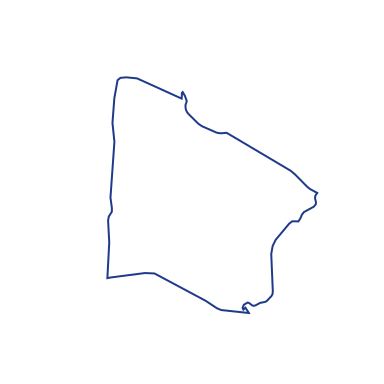 an SVG outline of Tadjourah, rotated 335°
{"feature_id": "DJI-1571", "entity_name": "Tadjourah", "entity_type": "Region", "adm_level": 1, "iso_a3": "DJI", "parent_name": "Djibouti", "parent_adm1": "", "projection": "equal_earth", "projection_center": [42.622, 12.035], "detail": "fine", "context": "isolated", "style": "outline", "palette": "blue", "viewbox_px": 384, "rotation_deg": 335, "n_neighbors": 0, "source": "natural_earth", "source_scale": "10m", "svg_char_len": 1066}
<svg xmlns="http://www.w3.org/2000/svg" viewBox="0 0 384 384"><g transform="rotate(335 192 192)"><path d="M78.9,234.3L95.7,202.7L103.9,182.4L106.2,179.1L111.0,176.0L112.6,172.7L115.7,162.7L142.9,113.7L149.1,95.8L161.3,74.1L171.8,59.2L175.4,58.3L180.9,60.3L190.2,65.8L222.1,103.0L224.8,97.9L225.8,97.5L226.2,102.0L225.7,107.4L222.9,110.4L222.2,111.8L221.6,113.5L221.2,115.5L221.3,117.7L221.8,119.8L226.5,132.6L227.6,134.6L229.1,136.9L239.2,148.4L241.1,149.9L243.2,151.1L248.4,153.0L290.5,214.6L292.8,219.6L298.6,235.9L300.3,239.3L305.1,245.8L303.1,246.9L301.7,248.1L300.8,250.0L300.0,253.8L298.9,255.5L296.1,256.8L285.0,257.5L282.0,259.0L279.0,261.8L276.0,263.6L270.4,260.9L266.6,261.8L247.6,270.7L242.3,275.0L237.6,281.7L223.3,316.1L221.9,318.5L220.0,319.9L213.7,322.4L211.8,322.5L206.9,321.3L201.6,321.6L199.9,321.3L198.7,320.3L196.8,316.7L195.7,315.7L191.3,316.1L188.9,318.4L188.9,320.3L191.5,319.4L192.4,325.4L192.4,325.7L168.7,311.4L165.6,308.1L158.4,296.4L123.6,250.0L115.2,245.6L82.2,235.1L78.9,234.3Z" fill="none" stroke="#1e3a8a" stroke-width="2"/></g></svg>